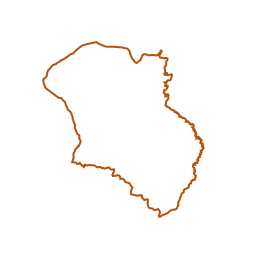 Moonlapamok, Champasak, Laos (Albers equal-area conic projection), rotated 245°
{"feature_id": "54806243B88761903664020", "entity_name": "Moonlapamok", "entity_type": "district", "adm_level": 2, "iso_a3": "LAO", "parent_name": "Laos", "parent_adm1": "Champasak", "projection": "albers", "projection_center": [105.451, 14.311], "detail": "fine", "context": "isolated", "style": "outline", "palette": "amber", "viewbox_px": 256, "rotation_deg": 245, "n_neighbors": 0, "source": "geoboundaries", "source_scale": "gbopen_adm2", "svg_char_len": 5814}
<svg xmlns="http://www.w3.org/2000/svg" viewBox="0 0 256 256"><g transform="rotate(245 128 128)"><path d="M216.9,86.9L215.4,83.1L214.7,82.5L214.3,80.4L212.1,78.0L211.0,77.5L209.4,76.1L208.4,73.8L207.9,71.8L207.3,71.4L204.3,70.6L203.5,70.4L202.3,70.5L200.8,70.1L198.5,70.5L185.6,77.4L184.2,78.4L184.2,78.7L183.6,79.8L182.8,80.3L180.0,81.0L178.8,81.7L178.4,81.8L175.4,81.4L174.0,81.5L169.8,81.3L167.4,82.5L165.1,82.9L163.8,82.5L161.6,82.5L159.8,81.7L158.2,81.7L157.5,81.4L152.9,81.3L150.6,79.8L147.5,79.8L145.0,79.4L141.8,80.6L141.3,80.6L140.7,80.4L139.2,79.3L137.6,79.6L136.1,79.5L135.4,79.1L133.6,77.2L133.5,76.8L132.5,75.9L132.3,75.6L132.7,75.0L132.7,74.5L131.8,74.3L131.0,71.3L129.4,70.0L128.5,68.4L126.6,67.0L124.0,66.3L122.7,64.8L120.6,63.0L120.3,63.9L119.4,64.7L118.7,66.2L118.3,66.5L117.1,66.6L116.7,66.9L116.4,68.0L116.8,69.2L116.7,69.6L115.3,69.8L114.5,70.3L113.7,70.3L112.6,70.8L112.1,71.3L111.2,71.5L111.7,72.4L113.0,72.9L113.1,73.1L112.7,73.8L111.2,75.3L110.9,77.1L109.5,79.3L108.9,80.8L107.9,82.1L105.7,83.2L105.2,83.9L104.7,85.7L104.3,86.5L102.8,87.2L102.5,88.3L102.2,88.7L101.1,89.4L100.6,93.5L100.0,94.3L97.9,94.6L96.7,96.7L96.7,97.6L96.4,97.8L95.1,97.5L94.1,96.4L92.3,94.1L90.9,94.0L90.5,95.3L90.0,96.0L89.8,96.8L89.8,98.3L88.6,99.9L87.7,100.1L85.9,100.0L85.0,99.5L84.7,101.2L84.0,101.8L82.4,102.7L81.6,102.8L80.7,102.6L80.2,102.7L78.2,105.0L77.7,105.7L76.9,106.1L76.1,105.9L73.4,106.4L72.1,106.9L70.7,105.1L69.4,104.0L67.1,102.8L66.6,102.9L66.2,103.1L65.3,104.7L64.1,105.9L62.6,108.0L62.1,110.1L61.1,112.1L59.4,111.3L58.4,111.4L57.5,112.0L55.8,112.3L55.4,115.2L54.9,115.5L54.4,115.6L53.6,115.4L51.3,113.8L47.8,113.1L46.9,113.3L45.5,114.7L45.2,115.5L44.5,116.2L42.9,116.8L42.0,118.2L42.0,120.3L41.5,121.1L40.7,121.4L39.7,121.5L38.0,121.3L35.3,118.8L34.5,118.7L34.0,120.0L34.4,121.5L34.5,122.5L34.0,126.6L34.1,127.6L35.3,131.7L35.1,132.6L35.1,133.8L34.2,136.4L34.3,137.7L34.6,138.5L36.1,139.9L36.8,141.2L38.4,141.5L39.4,142.2L41.0,144.3L42.8,145.7L44.3,147.7L45.1,148.4L45.6,148.6L46.1,149.5L46.0,151.0L46.4,151.4L47.8,152.1L48.4,152.9L48.4,153.6L48.6,154.0L48.4,154.6L48.6,155.7L48.4,156.7L48.7,157.7L49.2,158.5L49.7,158.6L50.7,159.1L51.4,161.0L51.2,161.7L52.2,162.1L52.7,163.0L53.3,163.4L53.3,164.3L53.6,165.0L53.0,165.4L53.0,167.1L53.9,167.4L55.9,169.4L57.6,168.9L58.1,168.5L59.0,168.5L59.7,169.0L59.7,169.5L60.1,169.6L60.0,170.0L60.3,170.6L60.9,170.7L61.1,170.4L61.6,170.4L62.1,170.5L62.2,170.9L62.5,170.8L62.6,171.0L63.6,171.2L65.5,170.5L66.4,170.9L66.6,171.6L67.0,171.7L67.7,172.2L67.6,172.5L66.6,172.9L66.3,173.4L66.9,173.5L67.3,173.9L67.9,174.0L68.1,174.2L67.8,175.2L67.1,175.6L67.0,176.0L67.7,176.2L68.0,176.7L68.6,177.0L68.9,177.7L69.3,177.3L69.7,177.3L69.6,178.0L70.3,178.0L70.3,178.7L71.0,178.8L71.3,179.1L71.7,180.2L71.4,180.8L72.4,181.1L72.4,181.7L73.8,181.9L73.9,182.2L73.7,183.0L74.4,182.9L74.6,183.0L74.5,183.4L74.9,183.6L75.1,184.5L75.3,184.6L75.7,184.2L76.1,184.7L76.5,184.6L76.3,185.2L76.9,185.6L76.7,186.1L77.5,187.3L78.2,187.5L77.9,187.9L78.0,188.1L78.6,187.9L79.4,188.2L79.0,187.4L79.7,187.2L80.1,188.3L80.5,188.6L80.9,188.5L80.7,188.2L80.8,188.0L82.0,188.7L82.1,188.0L82.4,187.9L83.0,188.5L83.3,188.5L83.9,187.3L84.1,187.2L84.3,187.4L84.4,187.9L84.8,188.1L85.3,188.8L85.6,188.9L85.4,189.4L85.7,189.7L87.1,188.5L87.6,189.0L87.8,188.9L88.6,187.7L89.0,188.6L90.4,187.9L90.4,187.6L89.6,187.1L90.2,187.0L90.4,186.4L90.2,186.0L90.9,186.4L91.4,185.9L92.2,186.4L92.6,186.1L92.5,185.8L92.6,185.7L93.3,186.2L93.5,187.3L94.8,187.5L95.1,187.5L95.7,186.9L96.4,187.1L96.5,187.6L97.4,187.4L97.7,187.1L98.2,186.3L98.6,186.6L98.4,187.3L99.4,187.0L99.4,187.4L101.3,186.6L101.1,187.4L101.2,187.8L102.9,188.7L103.7,188.7L104.1,188.0L104.2,187.0L104.4,186.6L104.6,186.6L104.4,187.4L104.6,187.5L105.1,186.4L105.8,185.5L106.3,186.0L107.4,185.8L108.4,184.5L108.9,184.8L109.0,184.4L108.8,183.8L109.3,183.1L109.7,183.7L110.2,183.7L110.6,184.1L112.5,183.6L113.8,182.7L113.8,181.8L114.5,181.5L115.2,180.9L116.1,180.9L116.3,180.5L116.1,179.7L116.3,179.5L117.2,179.4L117.6,179.9L118.7,179.9L119.4,179.3L120.1,178.9L120.4,179.4L120.8,179.5L121.3,178.7L122.0,178.5L122.1,177.5L123.2,176.9L123.7,177.3L124.0,176.9L124.6,177.0L125.5,176.4L125.8,175.3L127.5,174.5L128.2,174.6L128.6,174.0L129.2,173.8L129.7,173.1L130.5,173.0L130.7,172.4L131.1,172.5L132.0,171.9L132.7,171.7L135.7,173.6L135.9,174.1L136.4,174.6L136.8,175.4L136.9,176.1L137.2,176.6L140.8,178.6L141.5,178.6L141.9,178.1L141.8,177.6L140.8,176.5L140.6,175.6L140.8,175.1L142.7,176.3L144.3,175.5L145.0,175.4L145.3,175.6L145.8,176.5L146.9,176.5L146.9,178.8L147.1,179.6L147.9,180.6L149.1,181.7L149.5,181.8L149.8,181.6L149.7,180.4L150.3,179.5L152.0,180.8L153.9,180.4L153.6,181.3L153.1,181.6L153.0,181.9L153.1,182.4L154.1,183.2L154.4,183.8L153.6,186.2L153.6,186.9L157.1,190.1L158.1,190.2L158.6,189.8L158.8,187.3L158.9,186.6L159.2,186.1L159.9,185.9L161.1,186.6L161.7,186.3L162.1,185.3L162.0,184.9L160.4,184.3L160.5,183.8L161.1,183.6L161.9,184.1L162.6,185.0L163.8,185.6L167.5,186.7L168.9,189.2L172.1,190.8L172.5,191.2L173.0,192.5L173.6,193.0L174.3,193.0L175.1,192.6L175.5,191.9L175.7,190.4L177.2,188.9L177.9,187.2L178.6,186.8L179.5,186.7L180.2,186.9L181.0,187.8L183.0,190.7L183.8,191.0L184.3,190.6L184.3,190.3L183.5,189.9L183.0,189.2L182.8,188.2L181.6,185.7L181.7,184.6L184.3,180.2L184.8,178.2L185.2,177.3L187.6,175.0L188.1,173.1L187.8,172.4L187.9,171.8L186.7,170.8L186.3,170.0L185.0,168.7L184.2,167.5L184.0,165.7L183.3,164.2L183.4,163.1L184.9,162.1L187.0,161.8L188.5,161.1L190.1,161.2L191.9,161.1L197.2,161.8L198.8,161.5L200.4,160.7L203.7,156.4L207.6,149.5L210.2,144.1L211.5,141.8L216.8,137.1L219.3,135.6L221.4,125.9L222.0,121.5L221.6,118.8L220.9,115.7L219.7,111.8L218.7,109.8L219.1,107.1L218.1,102.8L217.5,98.0L217.5,97.1L217.8,96.2L217.4,95.5L217.0,93.9L216.9,90.6L216.7,90.0L216.3,89.6L216.9,86.9Z" fill="none" stroke="#b45309" stroke-width="2"/></g></svg>